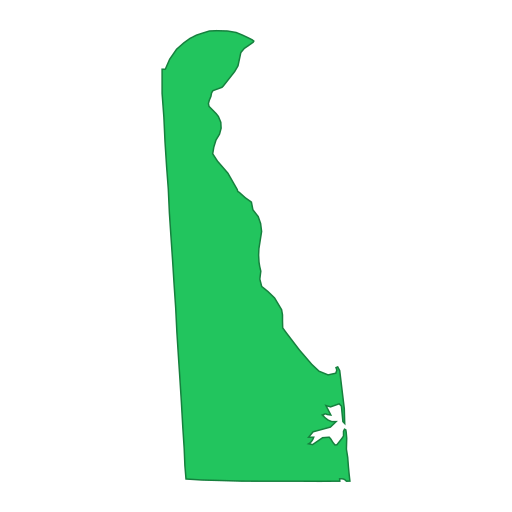 an SVG outline of Delaware
{"feature_id": "USA-3555", "entity_name": "Delaware", "entity_type": "State", "adm_level": 1, "iso_a3": "USA", "parent_name": "United States of America", "parent_adm1": "", "projection": "mercator", "projection_center": [-75.371, 39.146], "detail": "fine", "context": "isolated", "style": "filled", "palette": "green", "viewbox_px": 512, "rotation_deg": 0, "n_neighbors": 0, "source": "natural_earth", "source_scale": "10m", "svg_char_len": 1939}
<svg xmlns="http://www.w3.org/2000/svg" viewBox="0 0 512 512"><path d="M346.3,481.1L345.2,480.0L343.7,479.1L341.9,478.8L339.6,478.8L339.8,481.2L333.6,481.2L319.9,481.3L300.2,481.2L280.6,481.2L260.9,481.2L241.3,481.1L220.9,480.5L202.0,480.0L186.0,479.0L184.9,465.7L184.2,448.7L182.8,427.1L181.4,402.4L179.9,378.7L178.4,355.9L176.9,332.4L175.7,308.0L174.1,284.5L172.6,260.5L170.9,235.6L169.4,213.0L168.3,189.1L166.6,166.5L165.0,141.6L163.9,117.5L162.1,93.4L162.1,69.2L163.1,69.2L165.0,69.3L165.5,68.8L169.7,59.2L176.6,49.2L183.9,42.8L190.0,38.4L196.5,35.1L202.0,33.3L209.4,31.0L216.5,30.7L227.5,31.0L236.2,32.5L242.5,35.1L248.4,37.9L252.2,39.8L253.8,41.1L253.1,42.3L244.2,48.5L240.8,52.6L238.0,65.8L234.7,71.5L223.3,86.0L222.0,87.3L213.0,90.6L211.6,92.8L210.9,96.4L209.4,100.0L208.4,103.5L209.0,106.4L216.2,113.7L218.4,116.5L220.8,122.3L221.1,128.2L219.5,134.2L216.0,140.0L213.8,147.1L212.7,153.8L217.5,161.2L221.6,165.9L227.9,173.2L237.2,189.5L237.8,191.5L239.3,192.4L245.2,197.7L251.4,202.1L252.9,209.8L258.2,216.6L260.6,223.5L261.6,231.5L258.9,248.6L258.6,255.1L259.0,262.1L259.7,266.5L260.8,271.2L259.8,279.1L261.7,286.5L267.9,291.5L274.6,298.0L281.6,309.7L282.5,314.9L282.5,320.9L282.7,327.9L286.2,332.7L299.4,350.0L311.7,364.3L319.0,371.2L328.1,374.9L335.8,373.2L336.8,370.1L336.0,367.6L337.7,366.9L339.7,370.6L344.3,408.8L344.7,423.5L342.9,421.6L341.4,406.1L339.2,403.8L330.5,406.9L325.9,405.5L330.8,415.0L327.2,414.5L325.8,413.9L324.2,414.1L323.9,414.6L323.2,414.7L322.3,415.0L325.0,417.7L328.1,420.1L331.7,421.6L336.1,421.6L330.4,427.1L313.1,431.8L308.6,437.2L313.7,437.2L312.7,439.6L311.5,441.4L310.1,442.9L308.6,443.8L312.6,444.6L322.6,437.7L329.2,437.2L330.8,439.0L332.8,442.3L335.0,445.0L336.9,444.8L342.0,438.3L343.5,436.1L343.5,431.3L344.5,429.2L345.8,429.9L346.2,432.3L346.7,438.3L346.4,449.2L347.7,457.4L348.4,466.6L349.1,474.0L349.9,481.1L346.4,481.2L346.3,481.1Z" fill="#22c55e" stroke="#15803d" stroke-width="1.5"/></svg>